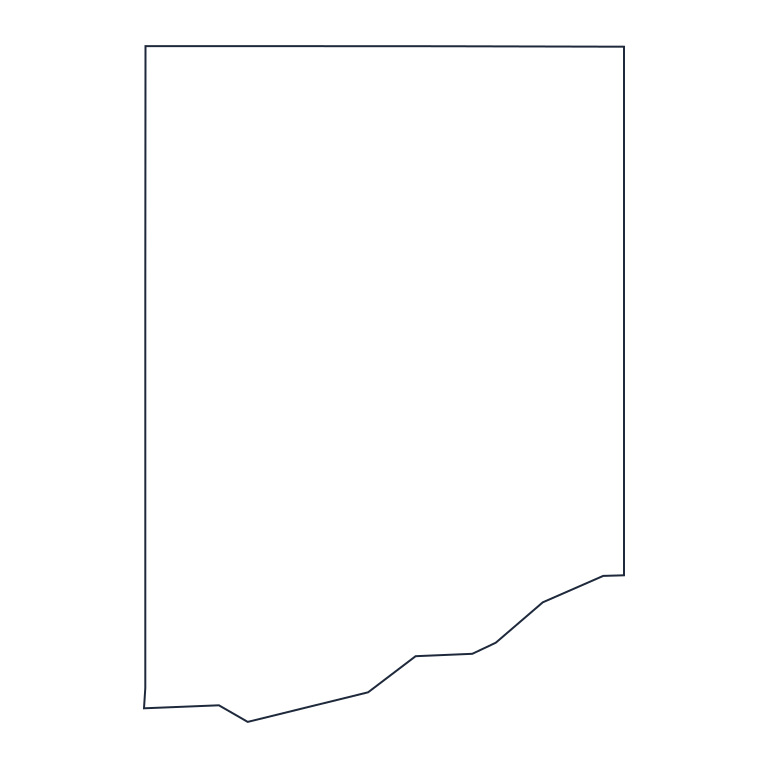 outline of Colfax, Nebraska, United States of America
{"feature_id": "52423323B6784143076290", "entity_name": "Colfax", "entity_type": "district", "adm_level": 2, "iso_a3": "USA", "parent_name": "United States of America", "parent_adm1": "Nebraska", "projection": "mercator", "projection_center": [-97.093, 41.56], "detail": "fine", "context": "isolated", "style": "outline", "palette": "slate", "viewbox_px": 768, "rotation_deg": 0, "n_neighbors": 0, "source": "geoboundaries", "source_scale": "gbopen_adm2", "svg_char_len": 326}
<svg xmlns="http://www.w3.org/2000/svg" viewBox="0 0 768 768"><path d="M145.5,46.1L145.3,287.2L145.3,688.1L144.0,708.3L218.9,705.3L247.7,721.9L368.1,692.3L415.6,656.2L472.3,653.8L495.8,642.7L542.8,602.3L603.2,575.9L624.0,575.3L624.0,46.7L466.6,46.3L413.2,46.2L145.5,46.1Z" fill="none" stroke="#1e293b" stroke-width="2"/></svg>